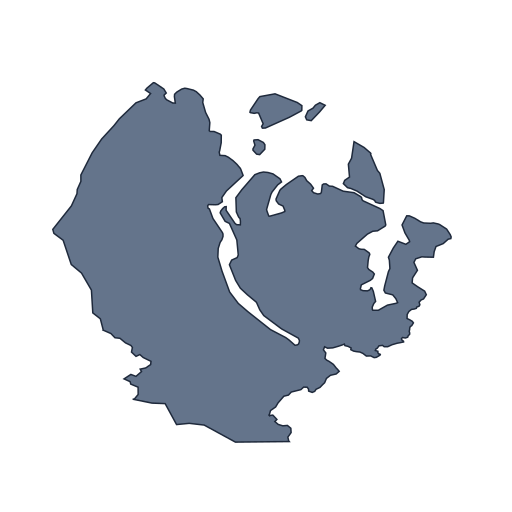 Ketchikan Gateway, United States of America, rotated 170°
{"feature_id": "52423323B88813000222889", "entity_name": "Ketchikan Gateway", "entity_type": "district", "adm_level": 2, "iso_a3": "USA", "parent_name": "United States of America", "parent_adm1": "", "projection": "robinson", "projection_center": [-131.311, 55.562], "detail": "fine", "context": "isolated", "style": "filled", "palette": "slate", "viewbox_px": 512, "rotation_deg": 170, "n_neighbors": 0, "source": "geoboundaries", "source_scale": "gbopen_adm2", "svg_char_len": 5808}
<svg xmlns="http://www.w3.org/2000/svg" viewBox="0 0 512 512"><g transform="rotate(170 256 256)"><path d="M61.1,239.3L60.5,240.9L61.0,243.3L63.6,249.4L69.7,255.1L71.0,255.9L75.6,257.8L78.4,257.9L85.1,259.4L88.0,261.1L93.1,265.6L98.0,268.9L100.6,269.4L106.8,261.2L105.3,252.9L102.3,244.8L102.2,243.4L106.4,241.5L113.7,245.9L119.4,240.0L125.8,231.8L125.4,228.7L126.3,220.4L128.3,217.6L134.5,204.1L136.0,200.1L135.0,197.1L128.1,194.0L125.7,189.7L124.6,185.5L126.1,185.1L135.1,184.8L145.0,181.3L150.4,182.3L150.7,183.0L150.4,185.5L148.2,188.8L146.1,190.5L146.6,200.8L147.5,204.5L148.3,204.8L149.0,203.7L150.0,202.9L152.3,202.3L156.7,203.3L158.9,204.7L158.9,205.6L157.3,209.3L147.6,212.2L145.1,213.6L142.6,217.7L143.8,219.9L147.2,223.1L148.2,225.2L146.3,232.1L145.0,235.6L143.7,237.7L143.8,238.8L144.1,239.5L148.2,243.7L151.4,244.4L153.4,245.3L156.4,248.5L154.5,250.9L142.5,258.2L136.7,260.1L131.9,259.7L123.5,263.1L122.8,264.1L123.0,278.6L125.7,281.2L140.9,291.7L141.8,293.0L141.9,295.3L142.5,296.2L148.4,301.3L158.9,304.7L168.4,311.3L171.6,312.1L174.5,314.9L176.9,315.2L178.4,314.5L180.6,307.3L181.6,306.3L184.4,306.3L188.3,308.3L189.8,310.7L187.6,312.8L189.7,317.2L193.0,321.4L194.2,324.9L195.9,326.9L196.6,327.1L200.4,327.2L213.7,321.1L220.0,317.5L221.1,316.5L226.4,308.6L226.5,306.9L224.7,303.3L220.7,300.5L219.7,296.0L219.9,294.8L223.3,294.0L235.6,292.8L236.5,293.2L237.4,298.3L237.5,300.0L230.7,314.0L229.0,316.3L222.3,322.3L218.0,324.5L219.0,327.9L225.0,333.9L229.8,336.2L234.1,337.4L238.0,337.3L243.0,336.3L258.5,323.7L265.7,316.9L267.7,302.8L266.4,297.6L265.8,296.4L265.2,295.8L265.3,292.8L266.0,289.4L269.6,290.2L271.0,291.7L277.5,306.2L276.8,309.8L278.3,309.9L280.6,308.5L282.9,306.4L283.8,304.7L280.4,295.5L276.5,292.7L272.1,275.1L273.3,260.1L274.8,257.7L280.7,256.2L283.7,252.0L280.3,235.5L277.0,227.0L271.2,219.3L263.8,210.6L263.4,209.6L261.6,202.3L258.7,196.0L243.5,179.8L228.6,167.8L227.9,165.4L228.3,163.7L229.5,161.8L230.7,161.3L233.1,161.3L238.1,167.6L240.9,170.5L254.5,181.0L273.6,202.5L281.7,212.4L288.2,225.1L292.1,247.0L293.8,261.5L291.9,270.0L289.0,275.6L286.8,277.9L285.1,281.0L284.7,283.4L285.0,284.9L291.9,300.4L293.7,310.4L294.9,311.4L294.9,313.8L293.8,314.9L287.0,313.5L284.4,313.3L279.7,315.3L279.5,319.5L273.8,325.2L255.0,337.3L254.7,337.6L255.9,343.9L256.2,345.0L257.8,347.7L258.8,349.5L262.1,353.9L266.1,358.1L269.0,360.2L274.1,361.4L274.2,364.8L273.6,365.7L270.6,373.6L269.2,381.0L270.0,382.2L275.7,385.9L279.5,386.6L280.3,387.5L278.3,395.3L278.5,398.8L280.7,406.1L281.8,416.4L280.7,419.9L283.3,424.3L286.3,428.2L288.8,430.2L294.9,432.9L297.0,433.6L300.2,433.3L305.5,431.2L308.1,429.4L308.7,427.1L308.9,420.6L311.4,421.1L316.9,425.4L318.0,427.1L318.7,429.8L318.5,430.5L316.1,432.1L317.8,436.5L325.7,444.1L327.0,444.5L334.2,440.3L336.1,438.7L331.6,434.3L336.9,429.8L347.6,427.7L366.8,414.8L373.2,409.1L387.7,398.0L399.4,386.1L414.4,366.2L415.5,359.9L420.5,352.5L421.5,348.4L429.1,337.4L451.5,317.5L451.1,313.4L443.2,305.0L439.4,279.7L430.8,269.5L424.0,251.0L426.6,228.3L420.2,221.2L419.3,209.8L419.5,209.6L412.3,204.8L409.1,200.0L404.3,198.6L399.6,193.1L394.7,189.6L393.6,187.4L395.3,183.0L391.6,178.0L387.5,179.1L384.7,175.6L377.7,170.5L378.6,167.4L384.1,164.9L389.7,164.7L388.8,162.1L395.1,158.3L399.8,161.1L407.3,157.9L401.8,154.1L401.6,151.6L394.9,147.3L396.1,140.1L400.6,136.3L402.3,136.4L384.0,129.2L371.1,126.4L363.5,103.8L350.8,102.8L336.4,98.5L308.6,76.3L255.5,67.5L255.9,68.2L256.1,72.1L252.1,76.0L251.6,80.3L254.5,83.7L259.1,84.1L263.4,86.3L266.2,89.7L263.8,91.4L266.4,95.4L267.1,96.4L269.6,96.5L270.3,96.2L270.9,97.1L270.2,97.9L268.5,101.3L262.9,103.9L259.8,107.5L252.9,113.1L248.2,113.4L244.9,115.9L235.0,116.6L231.9,118.6L228.4,117.9L227.4,115.9L227.6,113.8L224.3,111.9L221.7,112.5L220.0,114.3L215.8,115.5L212.8,117.7L210.4,119.3L207.9,123.2L203.4,125.6L197.5,125.9L194.1,128.0L195.5,130.4L196.6,132.0L198.6,135.8L202.4,139.6L204.5,141.2L205.9,143.2L205.3,144.8L204.1,148.4L205.9,151.9L204.2,154.7L201.6,152.8L196.3,152.2L190.7,152.8L187.2,153.3L184.3,153.9L184.0,152.3L181.0,151.0L178.3,148.9L178.9,147.3L176.4,145.4L173.8,144.4L170.4,143.4L167.6,141.5L165.9,139.6L164.7,138.3L160.4,137.7L157.3,135.4L155.1,135.3L152.4,136.3L151.0,136.9L150.7,137.3L151.1,138.0L152.0,138.1L152.8,139.6L152.5,141.0L154.9,142.2L154.1,143.6L152.5,144.2L150.5,146.2L146.9,146.0L145.5,144.4L142.0,143.8L137.5,145.0L132.1,145.6L128.9,145.6L127.1,145.7L125.6,145.7L125.5,146.4L127.1,148.2L127.0,149.5L125.7,150.3L124.6,149.8L123.0,149.3L120.7,149.7L120.0,151.0L118.3,152.2L118.0,153.5L118.2,155.1L117.4,157.1L117.1,158.5L116.3,159.7L114.7,160.4L112.6,162.8L113.4,164.5L115.7,166.5L118.1,168.2L117.7,170.0L117.3,172.1L115.1,174.8L112.1,176.4L109.5,176.3L107.2,176.6L106.5,177.8L104.2,178.2L103.1,179.5L103.4,182.2L100.9,184.1L98.5,184.6L95.0,188.3L96.0,192.1L102.3,197.8L106.9,202.4L105.6,207.3L99.5,213.9L101.6,222.3L99.2,225.5L92.8,226.4L90.1,225.7L81.5,224.0L79.8,229.3L77.1,234.1L69.5,235.7L63.8,239.2L61.1,239.3ZM118.2,299.1L119.7,315.9L121.6,319.2L125.5,336.0L125.1,336.8L125.3,337.5L130.7,344.1L139.6,351.6L144.9,335.7L149.1,330.4L150.2,317.5L155.5,315.1L157.4,312.1L154.0,307.4L150.8,306.0L145.4,302.5L137.7,295.3L130.9,291.4L129.5,290.1L129.0,288.5L128.6,288.1L124.9,286.3L121.5,286.0L121.2,286.6L118.2,299.1ZM185.6,391.5L184.7,396.1L188.7,400.0L209.1,412.4L224.5,412.3L226.6,410.6L236.1,400.7L236.9,398.9L237.0,398.5L236.5,398.1L233.0,396.8L230.3,396.9L228.6,396.3L226.0,385.0L228.0,382.6L227.5,380.8L224.5,380.4L199.1,386.8L186.3,391.0L185.6,391.5ZM161.7,392.4L166.5,395.9L171.3,394.2L174.2,391.7L179.6,389.8L183.2,384.5L182.4,381.3L178.1,379.7L168.3,386.9L161.7,392.4ZM228.8,359.6L227.9,364.0L229.0,366.5L233.8,370.2L237.8,370.6L238.3,369.7L237.8,365.3L240.4,362.0L240.6,360.7L237.7,356.2L234.8,355.2L228.8,359.6Z" fill="#64748b" stroke="#1e293b" stroke-width="1.5"/></g></svg>